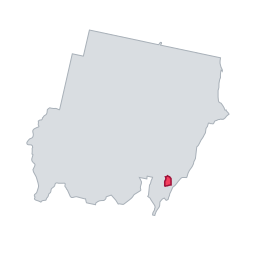 Ar Rusayris, Blue Nile, Sudan shown in context, rotated 12°
{"feature_id": "16777658B20285079264513", "entity_name": "Ar Rusayris", "entity_type": "district", "adm_level": 2, "iso_a3": "SDN", "parent_name": "Sudan", "parent_adm1": "Blue Nile", "projection": "natural_earth1", "projection_center": [34.492, 12.166], "detail": "fine", "context": "in_parent", "style": "filled", "palette": "rose", "viewbox_px": 256, "rotation_deg": 12, "n_neighbors": 0, "source": "geoboundaries", "source_scale": "gbopen_adm2", "svg_char_len": 4672}
<svg xmlns="http://www.w3.org/2000/svg" viewBox="0 0 256 256"><g transform="rotate(12 128 128)"><path d="M172.4,208.0L170.2,208.0L170.0,207.4L170.0,205.8L170.3,204.6L171.0,202.6L170.8,201.6L171.0,200.1L170.4,198.4L165.3,193.4L164.3,192.1L161.5,190.8L162.0,189.4L160.9,179.3L161.4,178.2L161.6,176.4L161.6,174.8L162.2,172.2L162.3,171.1L156.8,171.1L156.8,172.2L157.0,173.4L157.0,173.9L149.4,174.0L152.4,177.9L152.6,179.7L152.4,181.8L152.4,183.2L152.6,184.1L153.4,185.9L153.4,186.2L153.2,186.7L147.8,191.9L146.8,194.4L146.1,195.7L144.5,197.8L139.6,203.5L138.8,203.8L135.0,204.0L134.7,204.2L134.4,204.4L134.2,204.4L131.0,201.1L125.6,197.1L122.0,199.2L121.0,199.9L121.0,201.8L120.4,202.8L119.5,203.9L116.8,204.6L115.4,205.1L113.8,206.2L112.2,208.0L112.1,209.0L112.2,209.8L103.1,209.8L102.5,209.1L101.2,206.1L100.2,206.3L91.9,205.9L90.7,206.3L88.3,207.5L87.1,207.7L85.9,207.1L81.6,201.2L80.6,200.5L79.6,199.1L78.7,198.5L78.4,198.1L78.3,197.5L78.3,196.2L78.0,195.4L77.3,195.2L71.4,196.5L70.6,196.4L69.4,196.6L68.9,196.9L68.4,197.6L68.3,199.2L68.2,200.0L67.7,200.9L66.0,202.9L65.6,203.8L65.7,206.0L65.6,207.1L65.3,207.6L64.6,208.5L64.3,208.9L64.0,211.8L63.1,213.5L62.9,214.1L62.8,215.3L62.6,215.7L60.0,216.6L59.0,217.2L58.3,218.2L58.2,218.6L57.1,218.3L55.6,218.0L52.8,217.7L51.7,217.3L51.2,216.6L51.4,214.9L51.1,214.5L50.7,214.2L50.4,213.5L50.4,212.6L51.9,210.6L52.2,209.6L52.7,204.7L52.6,203.2L51.4,200.4L48.8,195.6L48.2,194.7L44.8,190.7L44.5,190.2L43.7,188.5L44.6,184.9L44.7,183.9L44.5,182.8L43.6,182.0L42.9,181.9L41.9,181.0L41.2,180.5L40.7,179.7L40.3,178.5L40.6,174.2L40.4,173.6L39.6,173.5L39.4,173.1L39.4,172.3L39.0,169.9L38.5,167.9L38.8,166.7L38.1,165.2L36.8,164.6L34.1,165.1L33.3,165.0L32.7,164.7L32.3,164.1L32.1,163.5L32.3,162.5L33.1,160.7L34.0,159.2L36.0,157.8L36.5,157.1L36.8,156.3L36.9,155.3L36.8,154.4L36.6,153.5L36.0,152.3L35.5,150.9L35.5,150.0L35.8,149.3L36.3,148.5L38.2,146.9L40.2,145.6L40.5,145.1L40.4,144.6L39.5,143.5L39.3,141.4L38.8,139.9L39.8,138.8L40.5,138.4L41.7,138.1L42.1,137.6L42.3,136.8L42.2,135.9L42.7,135.3L43.2,133.9L43.7,133.3L45.2,131.8L45.5,130.7L45.6,129.8L45.3,126.8L46.2,125.5L47.3,124.5L48.8,124.6L51.3,124.4L53.0,123.9L54.2,123.9L56.9,124.5L57.1,124.3L57.3,123.5L58.1,67.0L69.3,67.0L69.4,66.9L69.9,40.2L140.1,40.2L140.7,40.1L141.8,37.6L142.3,37.4L143.0,37.5L143.2,38.1L142.6,40.2L203.9,40.1L204.1,43.2L204.6,45.7L206.3,49.1L207.8,51.0L208.4,52.1L208.4,52.5L208.4,53.0L207.9,52.5L207.1,52.1L207.0,53.8L207.4,57.1L208.0,59.5L207.6,61.6L207.7,65.3L208.5,69.7L208.3,72.5L209.7,79.1L210.9,82.8L211.6,83.7L212.4,84.1L213.9,84.4L216.0,86.3L217.8,88.3L218.4,89.3L219.2,90.4L219.8,90.2L220.2,89.9L220.7,90.8L223.5,92.8L223.9,93.7L222.9,94.6L221.8,96.1L221.2,97.5L220.9,98.0L220.0,98.9L219.9,99.3L219.5,99.6L219.1,99.6L218.1,100.1L217.3,99.9L216.4,100.2L216.1,100.5L215.4,100.8L214.5,101.0L213.1,102.2L211.9,102.8L211.4,103.3L210.8,105.7L210.3,106.3L208.5,106.4L207.6,106.6L206.4,106.3L205.8,106.4L205.6,106.9L205.4,108.9L205.4,109.8L204.4,112.2L204.7,116.6L203.7,119.9L203.6,120.6L202.6,123.2L202.1,124.2L200.8,129.1L200.3,130.6L199.2,132.2L200.3,143.9L199.4,147.5L199.5,149.4L198.8,152.3L198.3,153.6L197.5,155.3L196.8,157.1L196.2,159.4L195.8,163.9L195.6,164.3L192.3,164.9L191.3,165.2L190.6,165.7L189.8,166.9L188.1,170.0L187.2,172.0L185.8,174.6L184.2,176.5L183.9,177.4L183.6,179.1L183.0,181.8L182.5,183.7L182.6,185.3L182.1,187.9L182.2,189.2L181.6,190.0L180.8,190.6L180.3,190.8L178.0,189.0L176.4,190.3L175.4,192.0L174.6,193.7L175.1,197.4L175.0,198.2L174.8,199.1L173.3,202.7L172.8,204.4L172.4,207.3L172.4,208.0Z" fill="#d9dde1" stroke="#a8b0b8" stroke-width="1"/><path d="M176.6,166.5L176.5,166.9L176.3,167.0L176.0,167.3L175.8,167.4L175.7,167.5L175.3,167.7L175.3,167.8L174.8,168.0L175.1,168.3L175.1,168.5L175.3,168.8L175.5,168.9L175.6,169.1L175.6,169.3L175.6,169.5L175.5,169.8L175.6,170.2L175.6,170.3L175.5,170.5L175.6,170.9L175.6,171.2L175.6,171.3L175.4,171.5L175.3,171.8L175.1,172.0L175.1,172.4L175.2,172.6L175.1,173.0L175.2,173.5L175.3,173.8L175.3,174.1L175.5,174.3L175.5,174.6L175.6,174.9L175.6,175.0L175.7,175.5L175.7,175.8L175.8,175.9L175.8,176.1L175.8,176.3L175.8,176.5L175.9,176.8L176.0,177.0L176.3,177.1L176.6,177.1L176.7,176.9L178.8,176.2L179.5,175.7L179.9,175.5L180.1,175.4L182.0,174.7L181.7,173.8L181.7,173.5L181.6,173.3L181.6,172.9L181.4,172.4L181.4,172.0L181.3,171.8L181.3,171.6L181.2,171.3L181.2,171.1L181.1,170.8L180.9,170.0L180.9,169.9L180.8,169.4L180.7,169.1L180.6,168.7L180.5,168.4L180.2,168.2L179.5,167.8L179.4,167.5L179.2,167.4L179.0,167.2L178.8,167.1L178.7,167.2L178.3,167.1L178.0,167.0L177.7,166.9L177.3,166.8L177.1,166.8L177.0,166.7L176.9,166.6L176.6,166.5L176.6,166.5Z" fill="#f43f5e" stroke="#9f1239" stroke-width="1.5"/></g></svg>